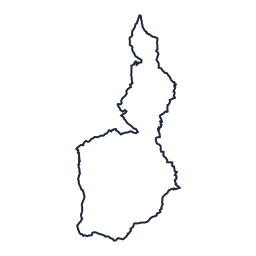 outline of Baia De Cris, Hunedoara, Romania
{"feature_id": "2599482B28262501709263", "entity_name": "Baia De Cris", "entity_type": "district", "adm_level": 2, "iso_a3": "ROU", "parent_name": "Romania", "parent_adm1": "Hunedoara", "projection": "equal_earth", "projection_center": [22.712, 46.205], "detail": "fine", "context": "isolated", "style": "outline", "palette": "slate", "viewbox_px": 256, "rotation_deg": 0, "n_neighbors": 0, "source": "geoboundaries", "source_scale": "gbopen_adm2", "svg_char_len": 5854}
<svg xmlns="http://www.w3.org/2000/svg" viewBox="0 0 256 256"><path d="M117.9,238.2L121.2,238.8L122.5,239.3L123.4,239.1L126.2,236.6L127.0,235.6L127.7,234.5L127.7,233.6L128.6,233.6L128.9,233.5L129.8,231.8L130.8,231.0L130.9,229.9L130.5,229.6L130.6,228.7L133.2,226.8L133.9,224.1L134.3,223.5L136.1,223.3L137.3,223.5L141.9,222.5L145.1,222.5L146.3,222.0L147.2,221.9L149.4,219.8L149.8,218.9L152.0,217.1L156.1,215.8L156.6,215.3L156.7,214.0L156.9,213.7L157.3,213.6L157.4,213.2L159.6,212.6L160.4,211.9L159.8,210.1L161.3,208.9L161.5,208.6L161.2,208.5L161.3,207.4L161.8,206.6L162.3,204.6L162.8,204.1L162.1,202.3L162.4,200.2L162.3,198.6L162.5,198.4L162.6,197.5L163.5,196.1L165.5,194.2L167.3,193.1L167.9,191.9L168.3,191.5L168.6,190.6L169.2,190.1L172.1,188.8L172.8,188.8L173.3,189.4L173.5,189.5L174.3,188.8L174.4,188.5L175.5,189.2L179.6,187.8L178.2,186.4L176.1,185.1L175.7,184.6L176.2,183.9L175.5,183.0L175.3,182.1L175.3,181.4L175.0,181.1L175.1,180.8L174.8,180.1L176.4,178.8L176.5,177.6L176.3,177.6L176.3,175.9L174.8,175.1L176.8,172.0L174.8,171.5L174.0,166.4L172.9,166.4L172.7,166.2L173.1,166.0L172.3,166.0L172.2,165.8L172.3,162.4L167.2,162.2L167.2,159.9L166.4,159.0L166.0,158.0L164.2,156.6L163.5,155.7L163.6,155.2L163.3,154.9L163.5,154.2L163.3,153.4L163.6,152.1L162.3,151.6L161.3,151.8L160.6,149.3L160.8,147.3L160.4,145.8L159.4,144.7L156.8,143.5L155.7,139.8L155.9,138.5L156.4,137.7L157.9,137.2L159.8,137.1L159.9,136.4L159.4,133.1L158.9,131.8L158.1,130.3L157.9,129.1L158.0,128.5L158.5,128.2L158.7,128.3L158.8,128.0L159.2,128.9L159.6,127.9L161.0,126.8L160.8,125.3L161.4,125.3L161.5,124.7L160.7,123.9L160.6,123.3L160.7,122.4L160.1,121.4L160.4,121.2L161.9,121.8L161.9,121.1L161.4,120.2L161.3,119.3L160.7,118.0L160.1,117.4L160.1,116.6L159.9,115.6L161.9,114.4L162.1,113.9L163.5,113.6L165.0,111.8L166.1,111.6L166.8,111.9L167.5,111.7L167.6,110.6L167.4,110.1L167.5,109.3L167.3,108.5L167.6,105.8L167.4,105.1L168.6,104.5L169.6,102.8L169.9,102.0L170.0,100.3L169.8,99.9L171.7,99.2L172.8,98.4L174.1,98.3L175.0,97.8L175.0,97.6L173.8,96.0L174.0,95.1L174.5,94.0L174.6,93.4L174.6,92.7L174.2,91.7L173.6,91.5L173.9,91.1L174.1,90.1L174.7,89.1L175.3,87.2L174.7,86.2L174.3,86.3L174.2,85.7L175.4,85.4L175.6,84.9L175.4,84.7L174.8,84.6L174.8,84.3L175.0,84.4L175.3,84.2L174.7,84.0L174.5,83.7L174.5,83.3L174.6,82.6L174.4,82.3L174.0,82.4L173.8,82.1L173.4,82.1L172.4,81.4L170.8,79.5L170.2,77.6L168.9,75.9L168.0,75.0L167.2,73.5L166.8,73.2L165.0,72.9L162.7,70.6L161.1,68.3L159.5,68.1L158.5,67.4L158.8,66.2L158.7,63.7L158.4,62.8L157.8,61.7L156.8,60.7L156.5,60.1L156.8,58.4L157.3,57.8L157.6,56.2L158.5,53.9L157.6,52.1L156.2,51.2L156.3,50.6L157.6,49.2L157.4,48.3L157.4,45.8L157.1,43.8L157.1,41.5L157.4,40.0L157.4,38.4L156.1,37.5L152.5,36.6L150.6,35.3L149.7,34.4L148.8,34.5L148.0,33.6L146.8,33.3L146.9,32.8L146.4,32.3L146.5,32.0L144.7,30.6L142.5,26.7L142.4,24.8L141.8,23.0L141.7,21.0L141.1,19.2L140.9,16.0L139.5,15.4L138.8,17.6L138.3,18.2L138.1,19.0L138.1,20.1L137.2,21.5L137.2,22.6L136.9,22.8L136.8,23.4L135.8,23.9L135.2,25.2L135.1,26.9L134.3,27.7L133.9,28.9L133.4,29.4L133.3,29.8L132.8,30.2L132.5,30.9L132.1,32.0L132.0,33.3L132.3,34.9L132.1,35.7L131.8,36.1L129.6,37.8L129.6,39.5L129.9,40.9L129.8,44.9L131.8,46.2L132.4,46.8L132.1,48.8L132.4,50.1L133.0,51.7L134.3,53.3L134.6,54.7L135.5,56.2L136.7,56.9L137.5,57.7L141.5,60.0L141.5,61.0L141.3,62.4L139.5,62.7L138.8,62.5L138.4,63.0L138.2,63.5L137.2,64.0L136.8,64.8L136.5,65.0L136.3,63.9L136.7,62.7L136.5,61.7L135.8,61.4L135.5,62.0L134.6,62.4L134.2,63.4L134.0,64.4L131.9,65.5L131.3,65.7L131.6,67.9L131.4,70.0L131.5,72.4L131.1,74.4L131.7,77.5L131.6,78.7L132.0,81.3L132.2,81.9L132.1,82.4L132.5,82.7L132.5,83.3L132.3,83.5L130.4,84.3L130.0,84.8L130.1,85.3L130.7,85.9L131.0,87.1L129.2,88.0L127.6,89.3L126.9,90.4L126.5,90.8L126.4,91.9L126.7,93.7L125.3,95.6L124.2,96.8L122.8,97.8L122.5,98.5L122.1,98.8L121.1,101.3L121.5,102.2L121.6,103.1L121.4,103.7L120.3,104.3L118.1,104.0L117.6,104.3L118.3,106.2L120.1,108.9L120.2,109.7L120.5,109.9L120.9,110.4L122.0,111.1L122.4,111.6L125.1,110.1L126.5,111.4L125.1,113.2L123.8,113.7L123.5,114.1L121.6,115.1L121.2,115.6L122.0,116.0L122.9,116.9L123.6,117.2L123.8,117.9L124.3,119.0L124.9,119.5L126.0,121.1L127.1,122.9L131.8,126.4L133.7,128.5L135.7,128.9L136.5,129.7L137.2,131.4L137.8,131.9L135.9,133.2L133.2,132.5L131.7,131.8L131.4,131.3L130.2,131.3L128.0,132.4L125.6,132.6L122.8,133.3L122.7,133.6L121.9,133.8L120.8,134.4L118.1,131.6L116.1,130.4L115.9,129.1L114.5,129.2L113.4,129.5L113.0,130.0L112.2,130.1L111.2,131.4L109.2,130.2L107.1,133.0L106.5,133.4L104.5,134.4L104.1,135.1L103.6,135.6L100.9,135.7L97.8,137.2L95.2,137.0L94.4,137.1L93.0,138.4L91.6,138.7L90.5,139.8L89.5,141.2L88.7,141.7L87.9,141.8L86.0,140.9L83.9,142.7L83.9,143.0L83.5,143.7L83.2,145.2L82.0,144.9L81.0,145.0L79.7,145.8L78.4,147.0L77.3,147.5L76.9,148.6L76.4,149.0L77.0,149.5L77.7,149.5L78.0,149.8L78.2,150.1L78.0,150.5L78.4,151.0L77.8,152.3L78.1,152.9L78.9,153.0L78.7,153.8L78.9,153.9L79.0,154.3L79.3,157.8L78.9,157.9L79.4,160.3L79.6,160.2L79.8,161.1L79.0,161.2L79.2,164.4L78.4,164.6L78.6,165.3L78.6,167.0L79.0,167.7L79.4,169.3L79.4,170.4L79.6,170.9L79.3,171.9L79.9,173.1L79.8,173.3L79.7,174.2L79.0,175.5L79.0,176.5L78.4,177.7L78.0,179.3L78.8,180.7L78.7,182.6L79.0,183.3L79.0,184.2L80.6,187.1L80.7,188.3L81.0,188.9L81.4,189.5L82.4,189.9L82.7,190.3L83.7,193.0L83.8,194.6L84.5,196.2L84.3,198.1L83.0,201.1L81.7,204.6L82.1,207.4L82.3,207.6L82.1,209.5L82.3,210.3L82.1,210.8L82.1,212.0L81.0,214.3L81.4,217.4L82.2,218.5L80.6,221.5L78.8,223.4L78.2,224.6L77.3,225.3L77.2,226.3L77.9,228.0L77.9,229.2L78.8,230.7L79.6,233.1L80.7,234.1L82.0,234.1L83.4,235.9L84.1,235.3L84.7,235.2L87.1,236.2L88.9,235.4L90.2,235.5L91.7,235.1L92.2,234.1L92.2,233.2L92.4,232.9L93.3,232.3L95.6,232.3L99.5,234.1L101.9,234.5L104.8,235.8L105.1,236.5L107.8,236.4L109.0,236.8L110.0,238.0L112.6,238.9L114.0,240.6L115.1,240.6L116.5,239.7L117.9,238.2Z" fill="none" stroke="#1e293b" stroke-width="2"/></svg>